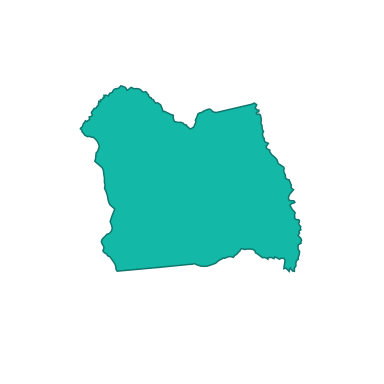 the district of Orizona, Goiás, Brazil, rotated 309°
{"feature_id": "56859067B5480941556664", "entity_name": "Orizona", "entity_type": "district", "adm_level": 2, "iso_a3": "BRA", "parent_name": "Brazil", "parent_adm1": "Goiás", "projection": "natural_earth1", "projection_center": [-48.158, -17.021], "detail": "fine", "context": "isolated", "style": "filled", "palette": "teal", "viewbox_px": 384, "rotation_deg": 309, "n_neighbors": 0, "source": "geoboundaries", "source_scale": "gbopen_adm2", "svg_char_len": 4149}
<svg xmlns="http://www.w3.org/2000/svg" viewBox="0 0 384 384"><g transform="rotate(309 192 192)"><path d="M300.3,184.4L297.8,183.2L269.5,161.2L268.6,160.1L267.8,158.6L267.5,157.0L267.9,155.2L267.5,153.5L266.7,152.6L263.4,150.8L262.2,150.1L260.0,149.5L258.2,148.1L256.4,147.5L254.9,148.0L252.6,148.8L249.9,149.4L249.0,150.9L247.4,151.5L245.8,151.7L244.5,152.4L243.0,152.3L240.5,151.3L239.7,150.2L240.0,148.8L239.9,146.8L240.6,145.5L239.6,143.9L239.9,141.6L239.3,139.7L237.5,137.5L236.4,135.6L235.8,134.1L236.5,132.7L237.5,131.0L238.8,129.9L239.9,129.2L238.7,126.1L238.5,124.6L238.0,122.6L237.3,119.7L236.2,118.8L237.5,117.2L238.8,115.0L240.0,112.6L239.7,109.2L238.2,107.6L238.5,106.2L239.4,104.0L238.9,102.2L239.5,101.0L239.0,99.4L239.3,98.0L240.3,96.8L240.2,95.4L240.9,94.1L240.8,92.8L239.1,91.6L238.7,90.2L239.1,88.3L239.0,86.6L238.4,85.3L237.7,84.1L236.8,83.1L235.9,82.1L235.4,80.6L235.1,78.9L233.4,78.4L232.0,78.2L230.2,77.7L230.8,76.3L231.3,74.5L230.9,72.8L230.4,71.4L229.8,69.9L228.3,69.8L226.8,69.8L225.4,68.9L224.2,67.7L222.7,66.9L221.1,66.9L219.7,67.3L218.1,66.8L216.9,65.9L215.5,66.2L214.0,66.5L213.2,64.4L211.7,62.7L210.5,64.3L209.7,63.5L208.6,64.0L207.1,63.8L205.8,62.9L204.6,64.0L203.8,62.5L202.9,63.3L201.6,63.7L200.4,64.8L198.9,64.3L196.9,64.7L195.3,63.4L193.2,63.6L191.3,63.6L190.2,64.0L189.1,66.3L187.2,66.1L185.7,64.8L183.8,66.8L181.9,66.1L180.7,66.1L180.3,64.3L178.2,64.7L176.9,64.5L175.1,65.2L173.5,65.7L172.1,65.3L170.8,65.5L170.8,67.6L169.6,68.7L169.3,70.9L168.7,72.8L169.2,75.9L170.5,77.0L171.2,78.9L172.4,81.0L172.4,83.3L171.8,86.3L170.8,88.6L169.1,91.3L164.2,93.1L162.0,92.9L159.4,94.7L156.8,96.3L154.7,97.1L154.4,106.7L153.1,109.5L151.0,111.5L147.7,115.2L144.4,117.8L142.7,120.1L139.8,121.7L138.3,124.8L137.0,126.9L135.8,128.7L133.2,131.6L131.3,134.4L130.4,136.3L130.2,142.6L122.2,145.2L117.5,147.0L115.7,150.2L113.7,152.8L110.8,154.0L107.9,153.9L105.4,152.4L102.8,152.4L100.0,151.9L98.4,152.0L96.4,152.7L94.9,155.3L94.0,158.0L92.1,159.3L90.3,159.7L89.7,161.2L89.8,163.3L90.2,165.1L89.5,166.1L89.5,167.6L90.1,168.8L89.7,170.0L88.8,173.4L88.1,175.7L87.1,178.3L85.4,180.3L83.9,181.9L83.4,183.7L108.3,209.3L112.0,213.2L118.7,219.9L131.1,232.5L134.6,236.0L135.8,237.6L137.7,238.7L138.6,241.9L139.9,245.4L142.1,248.5L144.1,250.6L147.1,252.5L149.5,254.0L151.5,255.2L154.6,255.7L156.9,256.4L158.4,257.2L160.1,257.6L161.1,259.1L164.2,260.8L166.0,262.4L167.2,265.2L168.5,265.2L169.8,265.2L171.9,265.9L174.4,266.0L176.1,266.3L177.9,265.9L179.3,266.4L180.4,269.0L182.3,270.7L184.3,273.1L185.7,275.4L185.9,278.0L184.7,279.5L185.1,281.3L185.3,288.2L186.8,289.6L187.5,291.8L187.5,293.3L189.0,292.6L191.2,295.0L191.7,297.6L193.8,297.2L194.9,302.4L196.6,302.9L197.7,304.2L198.2,305.4L197.5,307.3L195.7,308.4L193.3,309.7L190.2,311.6L191.9,313.0L191.7,315.6L191.4,317.4L193.4,316.4L194.6,316.3L193.9,319.9L194.8,321.5L197.1,319.6L199.9,319.3L201.7,317.8L203.7,316.6L204.9,316.6L206.6,317.0L207.8,315.7L210.2,315.0L213.1,313.4L213.8,312.3L214.0,310.8L215.4,309.5L217.8,307.7L219.5,308.5L220.9,309.0L221.8,307.9L223.4,307.6L224.3,306.2L224.7,304.3L224.9,301.8L227.8,301.4L228.7,299.8L229.9,299.9L231.1,300.4L232.3,298.8L233.5,298.3L233.9,295.9L234.6,294.6L236.1,294.4L237.6,293.4L237.4,291.9L236.2,290.6L236.1,289.1L236.6,287.8L237.7,287.3L239.1,285.7L240.7,285.4L241.2,283.2L241.5,281.0L243.3,276.4L245.9,276.8L247.2,277.9L248.7,278.5L249.3,276.8L246.7,273.0L247.5,271.3L248.6,270.3L251.9,269.3L256.4,269.5L257.7,269.5L257.5,267.6L258.0,266.0L259.8,264.9L261.1,262.4L262.6,259.8L261.7,258.1L261.6,256.0L264.1,253.7L264.9,251.6L265.7,250.5L266.9,249.4L268.1,249.0L269.0,247.8L268.8,244.2L268.3,241.4L268.9,240.2L270.7,237.5L270.9,236.2L271.1,234.2L271.2,230.2L272.3,226.9L273.6,226.1L272.7,223.0L273.7,221.1L276.4,220.9L277.9,220.7L277.3,218.8L276.8,217.4L277.6,215.6L279.0,214.6L279.6,212.3L281.8,210.0L284.0,209.6L284.9,207.1L287.1,205.2L288.2,203.8L288.5,202.4L289.9,201.6L291.2,200.8L292.6,199.6L293.6,198.4L294.9,196.6L294.8,195.1L293.7,194.3L293.3,193.0L294.2,192.1L295.2,192.5L296.3,193.4L297.7,192.5L296.7,191.0L297.0,188.7L297.9,187.8L299.3,187.8L300.6,187.3L300.3,184.4Z" fill="#14b8a6" stroke="#0f766e" stroke-width="1.5"/></g></svg>